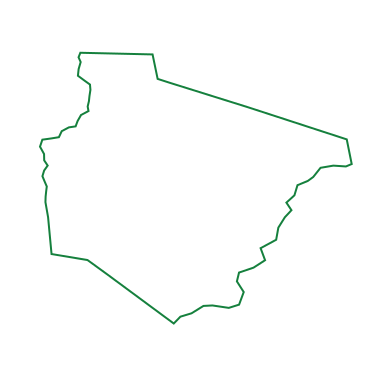 outline of Desterro, Paraíba, Brazil, rotated 276°
{"feature_id": "56859067B37062746654974", "entity_name": "Desterro", "entity_type": "district", "adm_level": 2, "iso_a3": "BRA", "parent_name": "Brazil", "parent_adm1": "Paraíba", "projection": "equal_earth", "projection_center": [-37.091, -7.309], "detail": "fine", "context": "isolated", "style": "outline", "palette": "green", "viewbox_px": 384, "rotation_deg": 276, "n_neighbors": 0, "source": "geoboundaries", "source_scale": "gbopen_adm2", "svg_char_len": 927}
<svg xmlns="http://www.w3.org/2000/svg" viewBox="0 0 384 384"><g transform="rotate(276 192 192)"><path d="M115.6,58.8L113.4,95.2L101.8,115.3L59.3,187.6L66.8,193.5L71.3,204.2L79.9,215.3L81.3,224.2L80.6,240.7L84.9,250.6L97.9,253.9L107.8,246.0L116.8,247.2L123.2,261.1L131.8,271.8L143.3,266.1L153.3,280.7L165.6,281.6L176.6,287.0L184.3,292.8L191.3,287.0L199.4,294.2L209.8,296.2L215.1,306.0L219.6,311.0L229.5,317.3L233.0,329.8L233.5,342.4L236.5,347.9L260.5,340.4L282.1,239.0L298.2,158.9L300.9,146.0L324.7,138.4L318.8,66.4L314.1,65.1L309.6,67.7L302.4,66.4L295.7,66.4L291.4,73.7L288.2,79.3L283.0,80.3L276.7,80.0L271.6,80.0L266.1,79.3L261.7,80.6L257.0,73.6L250.6,70.8L245.1,69.4L243.4,62.8L238.9,56.1L232.6,53.9L230.6,46.6L228.4,37.7L221.2,36.1L214.3,40.9L208.0,41.7L203.2,45.7L197.9,42.7L192.1,41.6L187.1,44.3L182.3,47.0L177.7,46.9L172.2,46.9L166.6,47.3L151.9,51.5L115.6,58.8Z" fill="none" stroke="#15803d" stroke-width="2"/></g></svg>